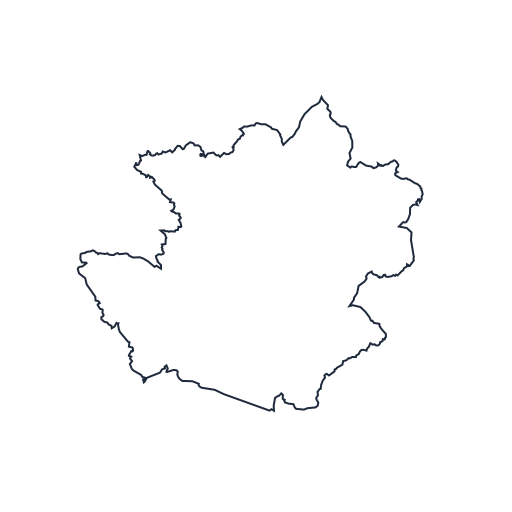 outline of Benito Juárez, Zacatecas, Mexico, rotated 125°
{"feature_id": "50627088B40188913949986", "entity_name": "Benito Juárez", "entity_type": "district", "adm_level": 2, "iso_a3": "MEX", "parent_name": "Mexico", "parent_adm1": "Zacatecas", "projection": "mercator", "projection_center": [-103.583, 21.491], "detail": "fine", "context": "isolated", "style": "outline", "palette": "slate", "viewbox_px": 512, "rotation_deg": 125, "n_neighbors": 0, "source": "geoboundaries", "source_scale": "gbopen_adm2", "svg_char_len": 6150}
<svg xmlns="http://www.w3.org/2000/svg" viewBox="0 0 512 512"><g transform="rotate(125 256 256)"><path d="M109.8,154.9L107.6,157.2L107.0,158.6L106.1,158.9L105.9,160.4L104.9,161.2L104.5,165.4L105.2,167.5L105.4,174.0L106.1,175.5L106.0,177.3L108.5,179.7L109.4,181.6L109.9,187.8L109.6,188.7L108.3,189.4L106.0,188.1L105.9,190.2L105.3,190.8L102.5,191.6L101.2,191.0L99.6,191.7L98.2,195.3L98.2,197.3L98.8,198.1L100.3,198.4L101.4,199.5L105.0,200.4L107.2,202.8L109.4,203.6L110.4,205.5L108.8,205.9L110.6,205.7L111.0,207.1L110.2,208.0L110.2,209.1L110.8,208.4L112.9,207.9L114.8,208.6L116.7,210.2L116.4,212.5L118.8,217.7L119.2,224.5L121.3,225.3L125.5,225.0L126.5,226.1L127.8,229.0L129.5,229.4L129.5,233.3L126.0,234.7L121.9,234.4L118.0,238.5L111.9,239.3L106.6,243.1L103.8,247.2L102.1,248.4L102.0,249.6L100.5,252.6L99.5,253.4L98.5,256.7L101.4,261.5L101.1,263.9L101.5,265.2L100.5,268.0L100.9,269.5L100.1,273.9L99.1,275.6L97.9,276.5L96.6,276.4L95.2,277.7L94.5,282.0L91.2,283.5L89.8,290.6L88.2,293.5L93.6,292.3L96.4,293.0L101.7,295.8L111.9,297.6L120.5,296.9L126.0,294.6L130.9,294.8L134.2,294.3L138.0,294.6L138.9,295.5L149.3,297.4L147.4,300.6L145.3,302.0L143.3,305.5L142.5,305.8L140.8,311.0L142.7,316.1L142.0,317.6L142.7,323.9L145.1,327.3L146.4,331.4L147.8,332.3L149.9,332.1L151.7,334.7L155.1,337.5L156.8,340.1L158.7,340.5L161.4,342.1L161.6,339.2L162.9,336.0L164.7,335.9L164.8,336.5L167.0,337.1L169.3,336.5L170.9,337.6L172.7,337.3L177.6,337.9L179.1,337.6L179.4,336.9L180.4,337.5L181.1,335.9L182.5,335.0L184.4,334.9L185.7,336.0L187.8,336.6L189.6,338.5L189.9,341.3L195.4,342.3L194.9,344.6L195.8,345.3L196.3,346.6L195.7,350.2L199.9,354.3L204.1,354.3L204.0,355.5L202.9,356.4L205.7,358.3L205.7,359.2L204.6,359.9L204.1,359.9L203.3,357.8L202.3,357.7L201.0,358.5L200.5,359.8L200.8,361.2L198.5,364.1L198.5,366.8L200.6,369.7L199.6,371.7L200.5,375.1L205.5,376.9L209.6,376.6L210.6,377.3L209.6,381.5L210.8,383.4L214.8,383.7L215.4,383.3L219.2,384.1L218.6,387.0L223.1,389.5L223.9,392.3L226.1,392.0L228.8,394.1L228.4,395.8L229.4,396.5L231.2,396.5L232.8,397.9L233.6,399.3L233.6,401.2L232.8,401.2L232.3,401.8L231.9,404.7L232.4,405.0L235.9,403.7L236.6,404.8L239.5,406.6L240.0,409.2L243.7,405.0L244.5,405.5L248.1,404.7L249.2,405.0L250.0,405.8L249.7,406.6L247.9,407.7L252.7,406.9L253.8,402.7L253.0,398.5L254.4,397.5L253.5,395.8L253.2,392.5L254.5,391.1L254.2,390.7L251.5,390.8L251.7,388.3L252.7,387.7L252.0,387.1L251.3,387.5L251.0,386.6L251.7,383.1L252.4,382.1L253.9,382.8L255.5,379.8L256.5,370.7L258.2,369.2L258.6,368.2L259.5,359.4L258.5,358.3L261.2,357.3L259.5,354.1L259.7,353.1L261.1,352.6L262.0,351.1L264.1,350.5L265.5,350.3L267.6,351.4L267.8,350.5L267.0,348.0L267.2,346.2L265.4,343.5L265.4,342.6L267.0,342.2L267.7,339.7L268.3,339.4L270.8,340.0L271.9,337.2L274.5,334.2L275.5,334.2L276.5,336.3L279.4,334.9L281.1,336.7L282.6,336.5L285.0,340.6L286.1,341.1L286.3,342.5L287.8,344.6L287.6,345.9L289.9,348.8L290.5,343.1L292.7,339.7L293.7,339.8L298.1,337.0L300.6,339.8L301.6,338.2L303.2,338.1L303.8,336.6L304.9,336.3L306.1,333.4L307.2,333.1L309.4,334.6L310.3,336.7L313.5,337.9L314.9,336.5L316.5,333.5L317.1,333.4L317.9,328.6L320.9,326.5L321.1,332.0L323.1,332.9L322.3,341.1L322.7,346.7L323.6,350.3L327.8,355.9L328.5,360.2L327.9,361.8L328.2,363.6L333.0,369.1L332.9,370.7L334.1,372.0L336.8,373.1L337.9,374.6L339.3,377.6L339.0,379.3L340.8,380.6L343.4,385.7L345.0,386.4L344.4,387.7L344.9,388.7L344.6,391.5L345.1,393.1L346.5,393.6L349.9,397.2L351.3,397.6L354.2,400.4L355.2,400.7L359.3,398.1L361.1,394.9L358.8,391.2L359.0,390.7L364.1,392.2L365.8,394.0L367.4,394.9L368.9,394.5L370.5,392.6L371.8,390.7L372.1,383.2L376.4,378.4L381.5,364.3L384.5,361.9L383.4,359.2L384.2,357.0L386.5,357.9L387.1,357.4L388.7,353.4L387.9,351.3L388.1,350.6L390.6,349.3L391.7,347.0L392.8,346.7L394.9,347.6L396.5,346.3L396.9,342.5L395.8,339.7L396.6,337.5L396.1,334.4L397.9,332.7L394.9,331.4L390.9,331.9L390.9,331.2L390.1,330.1L391.2,329.8L395.0,326.0L396.4,323.6L399.6,311.8L399.2,310.2L403.2,308.1L401.8,304.7L402.8,303.5L403.8,302.5L404.9,302.4L405.3,303.6L410.3,303.2L410.7,302.8L410.0,300.5L412.3,300.4L413.2,297.2L416.8,297.4L419.7,293.0L420.1,290.6L419.3,281.9L420.2,279.9L419.4,277.2L421.1,276.7L421.9,277.7L423.8,275.4L422.5,275.1L418.5,275.6L406.7,267.8L402.7,267.9L400.3,266.1L399.2,267.3L397.0,266.6L398.7,263.8L402.2,263.0L402.1,262.4L396.4,258.0L395.2,255.4L395.7,253.7L398.3,252.4L399.9,249.9L400.5,248.0L400.6,244.7L395.1,236.3L393.5,229.6L394.7,229.0L395.3,227.1L395.1,225.0L389.3,213.1L387.6,203.1L374.9,156.3L372.7,155.5L372.4,152.5L368.6,155.6L361.3,159.0L358.2,157.8L357.1,156.9L354.0,156.5L354.3,154.4L357.7,152.1L357.4,150.0L358.3,150.0L359.3,148.1L358.0,144.1L355.9,140.4L357.8,137.4L358.2,135.5L354.3,128.6L351.0,126.4L346.0,120.5L343.3,119.6L341.0,120.6L340.2,121.1L338.8,124.3L337.6,125.3L334.4,125.4L332.1,127.6L328.6,127.6L327.7,126.8L324.3,128.7L319.8,129.8L316.0,129.7L314.7,131.4L313.2,131.2L312.0,130.6L312.0,127.7L305.5,125.5L303.8,126.5L302.6,125.6L301.1,125.6L295.5,122.9L292.0,124.3L289.9,122.3L286.5,121.5L286.3,120.7L283.5,119.2L281.5,116.2L279.9,116.8L277.6,115.6L274.4,116.1L272.4,115.7L271.3,114.3L270.1,111.2L268.4,111.9L265.5,111.5L261.9,112.3L261.6,109.4L260.3,108.3L260.4,106.3L259.0,104.5L256.4,104.2L255.5,104.9L253.2,103.5L251.3,104.4L250.7,102.9L250.0,102.8L249.2,103.4L248.0,103.1L245.4,104.8L243.9,111.1L242.6,114.5L240.8,116.1L243.2,121.0L242.2,123.5L242.9,124.1L242.9,125.0L241.1,127.9L239.0,134.2L237.9,141.1L240.8,148.5L243.4,150.7L235.5,150.8L234.1,151.8L228.5,151.8L221.7,154.8L214.5,152.4L211.0,152.5L209.6,154.2L206.1,154.3L202.4,152.3L203.4,151.2L203.6,148.9L202.4,146.2L203.0,143.6L202.2,143.0L202.8,142.3L200.9,140.5L198.2,140.5L197.3,139.4L198.4,138.2L197.7,136.2L194.8,133.3L192.8,132.5L192.5,130.7L190.9,130.5L190.7,128.9L184.8,127.9L183.4,127.2L181.4,127.8L177.9,126.4L176.2,127.5L176.1,126.0L176.6,125.0L176.0,124.4L169.1,124.2L168.3,125.2L166.2,126.2L154.0,138.2L147.5,142.1L146.6,148.6L149.9,155.8L143.9,154.9L143.1,153.2L142.1,152.4L138.4,152.5L133.4,153.9L128.1,157.4L124.1,156.7L122.2,154.7L121.6,152.9L120.0,155.7L118.1,155.3L116.6,155.8L115.8,154.9L117.8,152.8L114.3,153.0L112.1,154.5L109.8,154.9Z" fill="none" stroke="#1e293b" stroke-width="2"/></g></svg>